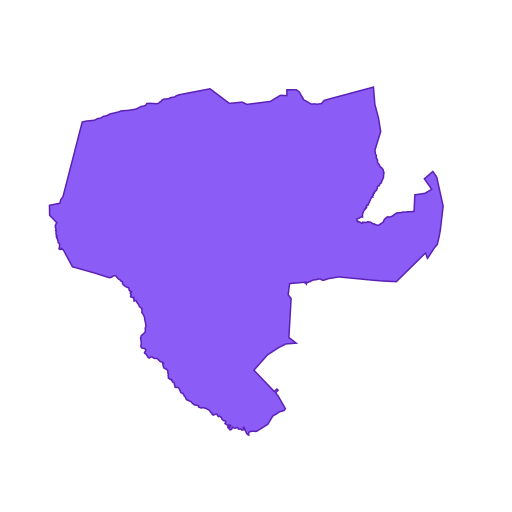 Chisamba, Central, Zambia, rotated 168°
{"feature_id": "96606910B82726316050571", "entity_name": "Chisamba", "entity_type": "district", "adm_level": 2, "iso_a3": "ZMB", "parent_name": "Zambia", "parent_adm1": "Central", "projection": "orthographic", "projection_center": [28.529, -14.773], "detail": "fine", "context": "isolated", "style": "filled", "palette": "violet", "viewbox_px": 512, "rotation_deg": 168, "n_neighbors": 0, "source": "geoboundaries", "source_scale": "gbopen_adm2", "svg_char_len": 6074}
<svg xmlns="http://www.w3.org/2000/svg" viewBox="0 0 512 512"><g transform="rotate(168 256 256)"><path d="M182.1,410.2L191.2,412.2L192.5,406.5L198.8,408.1L209.9,404.2L233.4,406.2L237.6,409.4L250.3,410.8L266.2,429.1L297.6,429.7L300.7,429.3L302.8,428.4L305.9,428.7L307.6,428.5L308.6,428.0L313.9,428.6L314.1,428.3L315.3,428.2L316.8,426.9L317.8,426.8L318.7,425.9L321.1,425.5L328.4,427.5L330.9,427.9L331.2,427.8L332.2,426.5L335.5,425.9L337.1,426.2L342.1,424.8L345.2,424.7L350.7,425.0L357.9,426.0L360.1,425.5L369.2,425.3L372.8,424.3L376.5,424.3L379.2,423.1L382.3,423.4L385.7,422.4L394.3,423.3L398.1,423.2L432.4,354.3L435.3,351.6L436.9,348.4L447.5,348.5L449.4,338.7L443.9,330.0L444.7,329.4L445.0,328.6L445.9,327.8L445.8,326.7L446.2,326.4L446.3,325.7L446.0,323.4L446.7,322.7L446.6,321.8L446.3,321.5L446.3,321.2L446.7,320.6L447.0,319.5L446.8,318.3L447.2,317.0L446.5,316.9L446.4,316.6L447.2,315.5L447.2,315.2L446.6,314.5L446.8,314.1L446.7,312.6L446.4,312.0L446.8,310.6L445.6,308.6L445.9,308.2L446.0,306.7L446.5,305.6L446.5,304.9L446.9,304.7L447.2,304.0L446.4,303.2L445.5,302.9L445.1,303.1L445.0,303.8L444.6,303.9L444.2,303.0L443.2,302.1L437.8,283.6L416.9,272.6L403.9,265.2L402.3,265.2L399.5,266.2L398.5,266.1L397.1,265.6L396.7,264.8L396.7,264.4L395.3,262.0L394.1,261.1L393.4,259.6L392.2,258.9L392.1,257.3L392.3,256.5L391.6,255.3L390.3,253.6L388.6,252.1L387.2,251.5L387.0,250.3L387.3,249.3L386.5,248.0L386.5,247.5L385.2,247.1L385.3,246.5L386.7,245.7L386.2,244.1L386.2,243.6L387.1,242.9L387.1,242.1L386.6,241.8L386.1,241.8L385.3,240.9L384.4,241.0L384.1,240.8L384.5,239.6L384.3,238.5L384.7,238.0L384.6,237.2L383.6,237.4L382.6,237.3L382.3,236.8L382.3,236.0L382.1,235.2L380.9,232.8L380.5,230.6L379.3,229.1L378.5,228.6L378.4,228.0L378.9,227.2L378.9,225.9L379.4,224.7L379.4,224.2L379.0,223.8L378.2,221.4L377.8,218.8L378.1,217.2L378.0,212.8L378.2,210.0L379.4,208.5L379.7,206.0L380.6,204.3L384.7,202.0L385.9,200.1L386.3,194.8L387.1,192.6L387.4,191.0L386.9,189.8L384.0,188.4L383.5,187.5L383.4,186.7L384.0,185.8L385.1,185.0L385.2,184.1L383.8,182.6L382.8,179.7L382.2,178.7L381.5,178.4L379.7,179.2L379.1,179.1L376.8,177.0L373.8,176.2L372.0,173.1L371.0,172.2L369.3,171.5L369.0,170.6L369.3,170.7L369.7,169.8L369.5,165.8L368.4,164.7L367.0,163.8L366.1,161.9L366.6,159.8L366.2,159.1L366.2,158.7L366.8,157.5L366.8,156.2L367.1,154.6L366.2,154.1L366.1,153.6L365.5,153.4L365.2,153.0L364.3,152.8L364.1,152.6L364.5,151.8L364.1,151.5L363.8,150.1L363.3,149.6L362.5,149.2L362.3,148.8L362.6,147.2L362.2,145.5L362.6,144.8L361.9,144.1L359.8,143.7L359.2,143.1L358.7,141.9L357.9,137.9L356.0,136.8L355.9,136.1L355.4,135.2L355.4,134.1L354.8,133.6L354.5,132.8L354.1,130.6L353.7,129.8L349.7,126.9L348.8,125.0L346.8,122.9L346.0,123.0L345.7,122.6L344.0,121.9L343.3,121.1L343.6,120.4L343.2,119.8L342.0,119.4L341.3,118.7L339.2,118.7L338.0,117.9L336.4,117.3L335.9,116.6L333.6,114.7L332.7,112.2L331.6,111.4L331.9,110.4L331.2,109.5L330.4,109.2L328.7,109.7L327.5,109.6L327.3,109.4L326.3,106.8L325.0,106.9L324.1,105.8L323.6,105.6L323.3,104.6L323.4,103.8L322.0,101.7L321.0,101.4L320.1,100.7L320.2,99.6L321.2,98.6L321.0,98.3L319.7,97.2L319.4,96.6L317.1,96.0L316.6,96.1L316.1,95.7L316.4,94.8L317.3,94.0L317.8,94.1L317.9,94.6L318.5,95.3L319.2,94.8L319.0,93.7L318.3,92.8L317.7,91.4L316.5,91.3L315.5,91.8L315.0,93.2L314.6,93.5L312.8,92.0L312.0,91.9L309.9,92.2L309.2,90.9L309.2,90.4L308.6,90.1L307.4,90.1L306.0,88.7L304.8,88.5L304.2,89.0L304.1,90.8L303.9,91.0L303.5,91.0L303.0,89.2L303.1,88.0L302.5,86.4L301.9,83.9L301.4,83.2L300.3,82.3L300.0,84.5L299.4,85.2L298.7,85.4L295.7,85.4L292.9,84.5L291.8,84.4L279.5,88.9L272.8,96.0L270.5,96.8L269.3,97.0L267.2,98.0L265.3,98.7L260.6,99.0L259.0,100.5L263.5,114.6L265.3,118.1L262.3,120.1L263.2,121.5L266.4,119.8L281.8,144.7L265.5,156.8L252.3,161.9L247.3,163.2L247.0,163.1L245.4,163.8L234.8,162.4L240.8,169.4L230.5,207.1L232.6,211.4L228.9,222.0L212.8,220.1L213.2,219.6L212.9,219.6L212.6,219.2L212.8,218.5L212.6,218.0L212.1,218.9L211.0,219.3L209.0,219.8L208.3,219.6L207.5,220.1L205.1,220.6L201.5,220.3L199.5,220.4L198.2,220.2L197.7,220.0L196.4,218.7L195.2,218.2L189.1,218.8L179.3,218.3L146.3,207.9L135.9,204.8L124.1,201.7L89.6,223.7L89.4,223.5L88.8,218.0L88.6,218.1L79.8,226.9L76.3,229.6L72.9,236.7L70.4,242.8L62.6,265.8L62.8,295.0L63.2,296.7L65.5,301.9L75.3,296.5L70.2,284.7L77.8,282.2L87.9,282.8L92.1,266.9L94.7,267.0L98.4,267.8L99.8,267.7L103.4,268.5L105.9,268.3L109.2,268.9L112.2,267.8L113.5,266.8L114.1,266.9L115.9,266.3L117.5,266.4L119.1,267.0L120.1,266.7L122.4,265.4L123.5,264.3L124.4,262.8L127.1,261.6L127.6,261.6L128.1,261.1L129.9,260.6L131.6,261.2L133.2,262.3L133.4,262.8L134.4,262.9L135.7,263.9L136.2,264.7L136.9,265.3L138.7,265.8L139.2,266.3L139.7,266.3L140.1,266.0L140.9,265.8L143.4,266.6L144.1,266.3L144.7,266.8L145.4,265.9L145.8,266.0L147.0,267.0L147.3,267.6L148.1,267.9L148.4,268.5L149.2,268.3L149.7,268.5L149.5,269.1L149.9,269.8L149.8,271.3L147.3,271.5L146.5,272.0L145.8,272.0L144.8,272.3L143.7,271.9L143.3,274.2L141.5,277.5L138.9,279.5L139.0,279.7L138.6,279.8L138.6,280.1L138.1,280.1L137.7,280.4L137.6,281.2L138.0,281.4L137.9,281.7L137.3,282.0L137.2,282.4L136.9,282.4L136.9,282.6L135.9,282.5L135.4,282.9L135.2,283.9L133.8,285.0L133.7,285.5L133.2,286.4L132.8,286.6L132.3,287.6L131.7,288.1L131.0,289.2L130.4,289.6L129.6,289.4L129.7,289.9L129.5,290.4L128.6,291.0L128.8,291.7L128.3,292.1L128.1,292.8L127.8,292.8L127.8,292.5L127.3,292.7L127.3,293.2L126.6,293.8L126.8,294.0L126.7,294.3L126.0,294.5L125.8,294.9L124.5,295.0L124.4,295.8L123.4,296.7L122.8,298.6L122.1,298.8L121.6,299.2L121.1,299.1L120.6,299.3L120.2,300.4L119.8,300.8L118.3,301.4L117.5,302.8L117.5,303.3L116.4,304.2L116.1,304.9L114.9,306.3L114.8,307.3L113.4,311.2L113.8,311.6L113.7,313.9L114.1,315.0L114.3,315.2L114.9,316.5L115.9,317.3L116.2,317.9L116.4,319.8L117.6,321.7L117.5,323.7L117.1,324.5L118.0,327.1L117.4,329.5L118.0,331.2L117.6,334.9L108.2,351.7L107.5,365.0L108.2,379.7L106.0,396.8L156.8,394.1L159.5,392.1L160.0,391.5L164.5,391.7L166.4,392.4L170.4,393.2L171.9,394.3L172.8,395.5L174.0,396.3L174.7,397.1L176.6,398.4L179.6,407.5L180.0,408.2L182.1,410.2Z" fill="#8b5cf6" stroke="#5b21b6" stroke-width="1.5"/></g></svg>